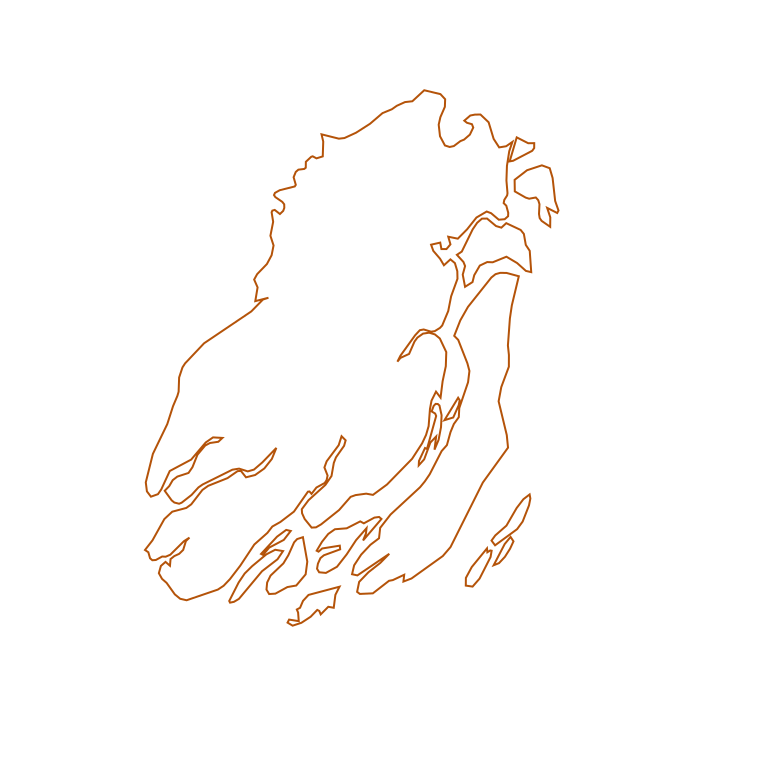 the border of Barisal, rotated 27°
{"feature_id": "BGD-2475", "entity_name": "Barisal", "entity_type": "Division", "adm_level": 1, "iso_a3": "BGD", "parent_name": "Bangladesh", "parent_adm1": "", "projection": "equal_earth", "projection_center": [90.394, 22.436], "detail": "fine", "context": "isolated", "style": "outline", "palette": "amber", "viewbox_px": 768, "rotation_deg": 27, "n_neighbors": 0, "source": "natural_earth", "source_scale": "10m", "svg_char_len": 6179}
<svg xmlns="http://www.w3.org/2000/svg" viewBox="0 0 768 768"><g transform="rotate(27 384 384)"><path d="M388.5,110.0L389.9,119.7L394.5,133.8L400.7,147.1L407.4,157.9L408.1,160.1L407.6,165.3L408.5,168.5L412.0,169.6L417.0,175.1L418.4,178.2L416.7,182.4L411.7,185.5L401.9,183.2L397.2,183.7L390.8,193.7L387.8,208.5L383.8,221.0L374.4,223.6L379.8,229.4L378.4,235.4L373.9,237.7L369.9,232.5L362.7,238.5L367.5,243.0L377.0,246.9L383.5,251.0L386.6,242.8L392.3,244.1L398.1,250.2L401.7,256.9L404.0,275.4L408.1,289.8L409.3,305.4L408.4,308.6L405.2,313.9L402.2,316.0L394.6,317.4L391.5,319.8L389.6,326.5L385.8,351.3L385.8,358.0L386.8,353.3L392.7,345.8L391.9,332.3L392.7,327.5L395.9,321.4L400.9,317.8L406.8,316.7L413.1,318.1L425.0,327.3L431.0,340.1L435.0,355.0L440.6,370.5L433.8,367.2L433.9,377.3L436.3,385.4L442.9,401.3L444.6,410.3L444.9,419.6L443.0,437.9L432.3,472.2L424.5,487.8L417.9,489.8L409.1,495.9L405.5,499.7L401.2,516.7L391.7,537.6L388.5,542.6L384.7,544.8L374.6,540.3L369.7,536.4L367.6,532.9L369.5,521.8L377.6,500.5L379.0,489.8L375.1,477.1L374.5,471.2L376.5,457.2L375.4,451.6L369.9,449.8L371.4,459.1L368.0,478.9L368.8,485.4L375.3,491.2L376.5,495.7L376.1,499.1L370.8,506.9L369.3,514.8L366.4,513.6L365.1,514.5L361.7,538.6L354.3,554.0L349.2,561.7L347.7,569.6L341.3,585.9L338.4,611.2L335.3,627.9L332.7,636.6L329.3,642.6L306.3,666.3L299.9,667.9L293.1,666.4L280.6,659.9L274.7,658.4L269.3,654.8L267.8,647.4L270.1,641.7L275.8,643.1L273.3,636.9L275.3,632.5L278.6,628.3L280.4,623.0L278.8,613.9L280.4,609.2L277.1,614.9L271.1,633.1L267.9,637.0L264.7,638.4L260.6,644.4L257.6,646.2L254.7,645.5L250.4,640.9L246.4,640.4L248.7,628.4L249.6,604.1L253.3,593.9L264.1,584.2L266.9,578.7L270.3,560.8L273.6,554.5L287.3,538.9L293.1,528.1L296.0,526.4L303.4,529.8L310.5,523.6L315.7,513.6L318.1,501.7L317.1,489.8L311.2,509.1L307.0,519.3L302.3,523.7L293.3,525.2L287.8,529.2L268.0,555.9L265.6,560.4L262.9,570.2L257.6,581.6L255.8,583.7L251.0,584.8L247.7,584.1L237.1,578.7L239.0,572.5L239.4,565.6L241.9,560.3L250.2,552.0L251.1,545.1L249.9,531.7L252.6,520.0L255.7,515.6L262.6,510.7L264.5,505.4L255.9,509.2L251.7,517.0L246.5,538.9L232.6,558.8L233.4,579.0L232.6,584.8L227.5,590.2L221.5,587.3L216.4,579.8L209.8,551.2L209.1,518.1L206.1,499.6L205.3,488.4L204.5,484.1L198.5,471.2L196.9,460.7L197.4,455.9L205.2,429.4L232.8,379.6L237.8,363.7L241.9,359.6L231.7,368.6L227.5,355.3L220.9,349.9L221.1,343.7L225.2,330.3L225.4,320.3L222.7,310.7L215.5,303.5L211.6,289.8L205.9,282.0L205.8,280.2L207.6,278.5L214.1,279.8L215.6,275.5L215.2,272.3L213.5,269.2L210.7,267.9L202.3,266.8L200.2,265.6L200.1,263.2L203.1,258.7L214.8,248.5L215.0,246.6L209.6,240.8L209.1,235.1L210.4,231.9L215.3,228.6L216.1,226.8L213.5,221.5L216.0,214.6L217.1,213.5L221.4,213.6L226.1,209.0L219.8,195.6L215.0,189.9L232.4,185.9L237.1,182.8L245.0,172.8L253.4,158.5L259.7,143.3L266.3,135.6L269.1,130.3L274.7,123.3L280.9,119.2L286.5,104.0L302.7,100.1L309.2,102.5L312.4,109.4L313.1,120.7L315.0,128.1L321.4,137.8L330.0,143.8L334.9,143.0L338.2,140.3L341.8,132.9L344.4,129.9L347.3,122.8L347.1,115.0L344.4,112.6L339.3,113.6L336.0,112.9L339.0,105.6L342.7,102.7L347.6,100.1L358.4,103.3L370.4,115.8L379.2,120.9L384.9,116.7L388.5,110.0ZM494.0,347.4L516.6,373.8L523.4,384.4L516.8,426.9L517.3,499.1L514.5,510.6L496.8,544.8L491.0,551.2L488.6,544.8L480.9,554.7L477.8,557.1L469.1,575.6L457.8,582.0L454.4,581.4L451.7,571.6L455.6,558.8L461.9,545.2L465.8,532.9L447.2,566.6L441.9,568.0L439.7,559.1L441.1,546.4L444.9,533.4L449.6,523.7L445.9,513.9L449.1,497.3L463.0,459.6L464.6,452.3L465.7,443.7L465.8,417.6L467.8,409.9L465.1,396.7L464.4,387.9L465.7,379.6L462.0,371.3L458.1,344.3L454.2,333.6L448.9,327.7L430.1,311.0L424.7,309.2L423.1,292.7L423.8,277.2L431.3,240.4L433.5,235.5L437.1,232.2L442.8,229.4L455.2,226.8L462.2,255.9L466.4,268.4L476.9,293.4L482.1,301.4L487.4,311.9L489.9,333.5L494.0,347.4ZM453.4,199.2L464.4,217.5L459.1,218.8L447.7,215.8L435.3,215.0L425.6,226.2L420.6,228.5L415.6,235.0L415.0,246.1L416.6,253.0L412.1,260.6L404.5,250.8L402.7,242.1L399.4,239.2L390.3,235.8L393.2,230.7L392.8,206.0L393.8,198.1L396.2,192.2L400.7,189.8L412.1,192.4L417.6,191.4L419.9,185.2L435.8,184.7L440.5,186.8L447.2,195.7L453.4,199.2ZM460.7,153.0L449.4,153.0L456.5,160.0L460.7,168.5L450.4,167.1L447.4,165.5L444.9,162.1L440.9,153.2L438.0,150.2L434.6,148.9L429.2,153.0L425.6,153.6L413.1,153.0L407.7,142.8L414.4,128.6L425.4,117.5L433.7,116.5L440.7,123.9L453.4,143.2L460.7,150.2L460.7,153.0ZM420.0,551.2L418.0,548.1L403.6,558.6L401.8,563.1L399.7,563.1L400.4,552.7L402.4,542.9L406.2,535.7L416.3,529.5L425.2,517.2L429.3,517.3L436.1,507.4L440.0,504.7L443.0,505.4L436.4,532.9L435.8,525.5L433.9,520.4L430.0,535.8L428.1,552.8L425.1,568.2L418.0,578.7L411.7,581.2L408.2,579.0L406.7,574.1L406.4,568.0L408.2,563.9L420.0,551.2ZM381.3,557.3L396.3,577.1L400.6,589.2L397.3,603.4L390.1,608.8L382.4,620.1L377.0,623.3L372.6,620.5L370.0,613.9L369.9,606.2L375.8,589.5L376.5,580.1L375.8,565.9L377.0,561.6L381.3,557.3ZM436.4,584.8L436.4,593.9L440.8,606.2L435.5,607.8L432.2,618.0L429.4,615.6L427.1,615.6L424.3,624.7L418.8,634.3L412.3,640.8L406.4,640.4L406.4,637.0L415.7,634.0L411.2,626.6L408.7,624.5L410.8,621.5L410.3,614.0L412.5,606.2L436.4,584.8ZM349.2,606.2L356.5,589.2L362.3,581.1L369.9,578.7L368.7,588.5L360.3,606.2L352.3,641.3L349.2,646.2L346.1,648.7L344.6,647.6L344.6,626.8L345.9,616.1L349.2,606.2ZM556.2,477.3L550.9,474.7L551.9,468.4L557.4,454.6L558.5,434.3L560.5,423.4L563.9,416.3L566.4,419.6L568.3,426.3L570.0,443.6L568.5,452.9L556.2,477.3ZM552.5,487.0L554.2,484.1L555.6,483.7L557.5,489.8L557.5,514.0L554.9,524.3L548.4,526.5L545.0,519.6L545.3,507.2L550.4,483.7L552.5,487.0ZM445.0,388.8L443.0,387.1L438.9,386.8L438.2,381.0L439.0,378.3L441.0,377.4L443.2,378.0L449.5,385.7L454.4,396.6L458.0,409.0L458.8,419.6L454.3,407.1L451.9,415.1L454.0,432.9L451.9,440.7L450.1,436.7L449.6,422.4L451.8,422.4L445.0,388.8ZM408.5,101.2L410.7,105.6L410.2,108.9L397.7,126.5L394.9,128.6L390.3,104.0L403.2,104.0L408.5,101.2ZM564.0,495.7L564.2,471.8L566.2,462.8L570.8,465.4L571.1,473.6L570.2,483.1L567.8,491.4L564.0,495.7ZM367.6,557.3L365.5,568.4L356.0,581.9L353.8,591.2L351.6,591.2L358.0,568.6L363.1,558.4L367.6,557.3ZM454.3,388.8L456.3,362.6L458.8,364.1L460.2,369.0L460.9,382.4L454.3,388.8Z" fill="none" stroke="#b45309" stroke-width="2"/></g></svg>